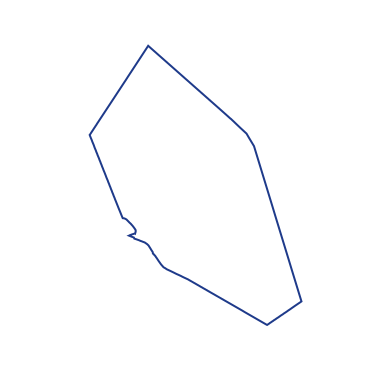 Dar Sa'd, Lahij, Yemen (Mercator projection), rotated 67°
{"feature_id": "15242507B92713589855665", "entity_name": "Dar Sa'd", "entity_type": "district", "adm_level": 2, "iso_a3": "YEM", "parent_name": "Yemen", "parent_adm1": "Lahij", "projection": "mercator", "projection_center": [44.98, 12.915], "detail": "fine", "context": "isolated", "style": "outline", "palette": "blue", "viewbox_px": 384, "rotation_deg": 67, "n_neighbors": 0, "source": "geoboundaries", "source_scale": "gbopen_adm2", "svg_char_len": 3180}
<svg xmlns="http://www.w3.org/2000/svg" viewBox="0 0 384 384"><g transform="rotate(67 192 192)"><path d="M335.5,134.0L303.0,130.6L291.8,129.4L246.9,124.7L235.8,123.5L174.0,117.0L164.9,118.3L159.5,119.0L159.3,119.1L152.2,122.3L139.7,127.7L139.5,127.9L129.7,132.5L43.7,173.6L40.3,175.2L46.2,184.0L61.5,206.9L61.6,207.0L77.2,230.4L92.3,253.1L92.5,253.3L92.6,253.5L92.9,253.9L93.3,254.5L93.5,254.9L93.8,255.3L94.0,255.6L94.3,256.0L94.6,256.5L94.9,257.0L95.2,257.4L97.8,261.3L99.3,263.5L99.5,263.9L102.5,264.0L103.4,264.0L103.9,264.0L104.5,264.0L105.5,264.0L106.5,264.1L107.5,264.1L108.6,264.1L110.1,264.1L111.8,264.2L113.2,264.3L114.0,264.3L115.1,264.3L116.3,264.3L117.6,264.4L118.8,264.4L120.0,264.4L121.2,264.5L122.4,264.5L123.6,264.5L124.1,264.5L124.9,264.5L126.1,264.6L127.3,264.6L128.5,264.6L129.8,264.7L131.0,264.7L132.2,264.7L133.1,264.8L133.5,264.8L134.7,264.8L135.9,264.8L137.1,264.9L138.3,264.9L139.1,264.9L139.5,264.9L143.4,265.0L145.1,265.1L146.3,265.1L147.6,265.1L148.8,265.1L150.0,265.2L151.3,265.2L152.5,265.2L153.7,265.3L153.9,265.3L154.8,265.3L156.0,265.3L157.3,265.4L158.5,265.4L159.7,265.4L160.9,265.5L162.2,265.5L163.4,265.5L164.7,265.6L165.9,265.6L166.2,265.6L166.3,265.6L167.2,265.6L168.7,265.7L169.4,265.7L169.9,265.7L170.1,265.7L179.1,265.9L181.3,265.9L186.7,266.0L187.4,266.0L189.0,266.0L189.2,265.6L190.0,264.4L191.6,263.1L194.9,261.8L195.5,261.6L196.6,261.1L196.8,261.0L197.0,260.9L197.4,260.8L197.7,260.6L198.6,260.4L199.2,260.1L199.6,260.0L200.3,259.8L200.7,259.7L201.4,259.5L202.3,259.3L202.6,259.2L203.3,259.1L203.6,259.0L204.8,258.8L205.2,258.8L205.7,259.1L205.9,259.1L206.1,259.2L206.6,259.4L206.8,259.6L207.2,259.9L207.4,260.1L208.0,260.6L207.8,260.7L207.8,261.2L207.8,261.6L207.6,263.8L207.5,265.5L207.5,266.0L207.5,266.6L207.6,266.8L207.6,267.0L209.4,265.2L211.2,263.3L212.4,263.3L212.7,262.9L213.1,262.5L213.7,261.8L214.9,260.5L215.6,259.7L216.8,258.6L217.2,258.2L217.4,257.9L218.7,256.6L220.0,255.2L220.4,255.0L220.5,254.9L221.0,254.6L221.6,254.2L222.6,253.6L224.3,252.9L228.0,252.3L228.7,252.2L228.9,252.2L231.1,251.8L231.4,251.7L231.9,251.7L232.3,251.7L232.9,251.9L233.1,252.0L233.3,252.0L233.6,251.9L233.9,251.8L234.1,251.6L234.3,251.6L234.5,251.6L235.0,251.3L235.5,251.2L235.9,251.0L236.1,250.9L236.4,250.9L236.5,250.8L237.6,250.6L237.9,250.6L239.0,250.3L240.7,250.0L242.9,249.6L243.7,249.4L246.0,248.9L246.5,248.8L249.9,247.7L250.1,247.6L251.0,247.0L251.3,246.7L251.6,246.5L252.8,245.7L253.3,245.4L256.4,242.6L258.8,240.5L261.4,238.3L263.2,236.6L265.2,234.8L266.1,234.1L267.7,232.7L270.9,229.8L272.0,229.0L272.3,228.8L272.4,228.7L291.6,214.2L294.1,212.3L294.2,212.2L297.4,209.8L304.0,204.8L320.9,192.0L323.0,190.5L343.4,175.1L343.7,174.8L343.7,174.6L343.6,174.2L343.3,172.5L343.0,171.4L342.8,170.1L342.6,169.3L342.5,168.8L342.4,168.0L342.2,167.3L342.0,166.4L341.8,165.0L341.5,163.8L341.3,162.7L341.1,161.4L340.8,160.2L340.7,159.6L340.5,158.8L340.3,157.8L340.1,156.4L339.8,155.2L339.6,154.4L339.6,154.2L339.4,153.0L339.1,151.5L339.0,151.1L339.0,150.9L338.7,149.8L338.5,148.6L338.4,148.2L338.3,147.5L338.1,146.7L337.7,144.9L337.5,143.9L337.1,142.0L336.3,138.0L336.0,136.4L335.5,134.0Z" fill="none" stroke="#1e3a8a" stroke-width="2"/></g></svg>